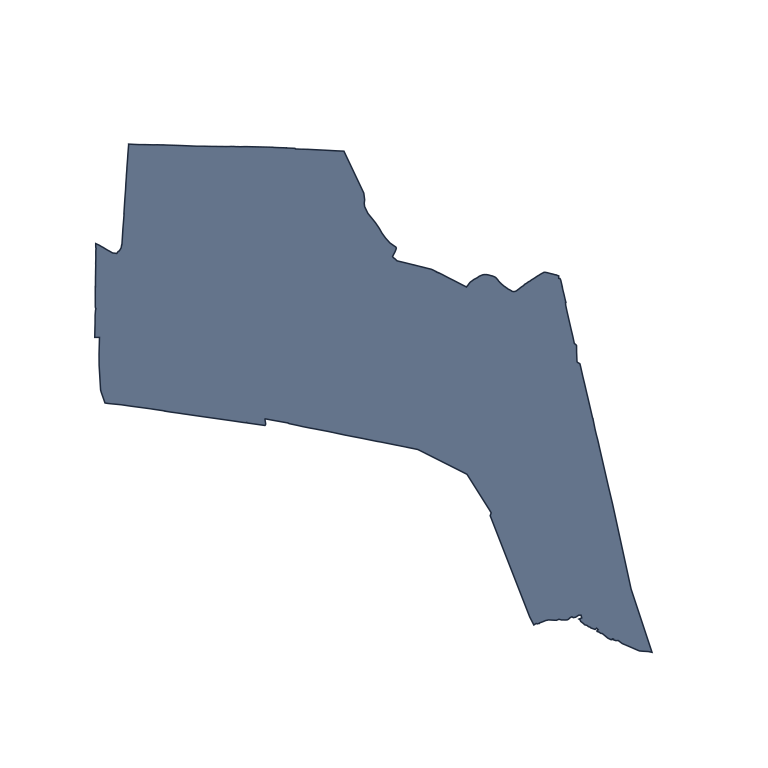 the district of General Escobedo, Nuevo León, Mexico, rotated 189°
{"feature_id": "50627088B66612290562177", "entity_name": "General Escobedo", "entity_type": "district", "adm_level": 2, "iso_a3": "MEX", "parent_name": "Mexico", "parent_adm1": "Nuevo León", "projection": "mercator", "projection_center": [-100.353, 25.83], "detail": "fine", "context": "isolated", "style": "filled", "palette": "slate", "viewbox_px": 768, "rotation_deg": 189, "n_neighbors": 0, "source": "geoboundaries", "source_scale": "gbopen_adm2", "svg_char_len": 6093}
<svg xmlns="http://www.w3.org/2000/svg" viewBox="0 0 768 768"><g transform="rotate(189 384 384)"><path d="M77.3,160.9L107.9,220.2L139.4,301.1L146.5,318.3L162.1,357.1L162.3,357.7L164.3,362.6L166.4,367.3L168.6,372.7L172.0,381.9L172.0,382.0L172.1,382.4L172.3,382.7L172.5,382.8L173.0,383.9L181.2,404.1L181.6,405.0L185.9,415.6L188.7,422.3L192.5,431.9L193.6,434.5L193.8,434.7L194.0,434.8L196.2,435.6L196.5,435.8L196.7,436.1L196.9,436.4L198.2,442.9L198.7,445.3L199.6,450.8L199.8,452.0L200.1,452.4L200.7,452.9L202.1,453.7L202.4,453.9L202.6,454.4L205.0,460.7L207.9,467.7L214.5,484.1L217.0,490.6L217.0,491.1L217.5,493.0L217.1,493.2L217.6,494.2L218.5,496.3L220.2,500.6L222.0,504.8L223.3,508.2L223.2,508.2L223.7,509.4L225.6,514.1L225.9,514.6L226.7,515.7L228.0,515.7L228.3,518.1L230.0,518.4L230.7,518.7L231.0,518.7L231.9,518.7L232.3,518.7L234.5,519.0L236.3,519.1L239.4,519.4L239.8,519.5L241.2,519.5L241.6,519.6L242.5,519.5L243.4,519.4L243.7,519.2L244.4,518.6L244.8,518.3L245.1,518.1L245.5,517.8L245.8,517.6L246.5,517.0L246.9,516.7L247.2,516.4L247.5,516.1L247.8,515.8L248.2,515.5L248.9,515.0L249.2,514.7L249.5,514.4L249.9,514.1L250.2,513.9L251.1,512.9L251.8,512.3L253.4,510.9L254.3,510.2L254.6,509.9L254.9,509.6L255.1,509.4L255.4,509.1L255.7,508.7L256.0,508.4L256.8,507.9L257.1,507.7L257.4,507.4L257.8,507.1L258.1,506.7L259.0,505.8L259.7,505.2L260.1,505.0L260.4,504.7L260.7,504.4L261.2,503.6L261.8,502.9L262.0,502.6L263.1,501.7L264.3,500.5L264.9,499.8L265.5,499.1L266.1,498.5L266.4,498.2L267.0,497.6L267.3,497.2L267.6,496.9L268.0,496.6L268.3,496.4L268.7,496.1L269.5,495.8L269.9,495.7L270.8,495.5L272.0,495.6L272.4,495.7L272.7,496.0L273.1,496.1L273.9,496.4L274.7,496.8L275.5,496.9L276.0,497.0L276.3,497.2L276.7,497.5L277.5,497.9L278.3,498.2L279.4,498.9L279.9,499.0L280.7,499.4L281.0,499.6L283.3,501.0L283.7,501.2L284.4,501.8L285.1,502.2L285.5,502.5L286.2,503.1L286.5,503.3L286.9,503.6L287.2,503.9L287.5,504.3L287.8,504.6L289.1,505.7L289.8,506.3L290.2,506.5L290.6,506.8L291.8,507.2L292.7,507.4L293.1,507.5L293.5,507.6L294.0,507.7L294.4,507.7L295.7,507.8L297.1,508.0L298.4,508.1L298.8,508.1L299.7,508.1L300.1,508.1L301.0,507.9L301.9,507.8L302.3,507.7L302.7,507.6L304.0,507.1L304.3,506.8L305.1,506.4L305.8,505.9L306.2,505.7L306.7,505.4L307.6,504.5L308.2,503.9L308.5,503.6L308.9,503.3L310.6,502.0L311.0,501.8L312.0,500.9L312.9,499.9L313.2,499.6L313.9,499.0L314.8,498.0L315.0,497.7L315.9,496.1L316.3,495.3L316.8,494.2L317.3,493.6L317.7,492.7L326.8,495.7L329.8,496.7L331.6,497.3L336.7,498.9L340.5,500.2L342.3,500.8L343.0,501.1L344.7,501.6L347.2,502.4L347.2,502.2L349.4,502.7L349.3,502.9L350.3,503.2L350.3,503.3L351.4,503.6L351.7,503.7L353.5,504.3L354.7,504.6L355.0,504.7L355.9,504.8L358.4,505.0L382.7,507.1L390.4,507.7L392.8,509.4L394.2,510.1L394.9,510.6L395.5,511.3L393.8,516.2L393.2,518.8L393.1,520.2L393.8,521.2L395.2,521.8L400.3,524.3L405.3,528.4L409.6,532.7L413.0,537.0L417.7,542.0L426.6,550.0L430.9,556.2L431.8,559.5L431.9,562.9L433.8,569.4L460.0,607.7L467.1,606.9L475.0,606.1L496.6,603.8L496.7,603.7L496.9,603.7L498.0,603.6L502.9,602.9L508.2,602.3L508.4,602.6L508.7,602.8L509.1,602.8L509.3,602.8L517.5,601.8L517.5,602.0L518.3,601.8L519.5,601.7L524.8,601.0L530.1,600.4L530.4,600.5L557.3,596.9L560.2,596.4L563.3,595.8L565.4,595.6L567.0,595.3L569.8,595.1L570.8,594.9L572.0,594.8L573.7,594.4L576.0,594.0L577.8,593.7L580.8,593.3L585.3,592.6L587.0,592.4L591.5,591.7L593.6,591.4L599.8,590.6L602.9,590.1L605.9,589.6L620.9,587.9L626.6,587.2L632.9,586.4L636.0,586.0L638.9,585.7L642.3,585.2L645.5,584.8L648.7,584.2L655.6,583.3L657.1,583.1L663.7,582.1L669.0,581.5L673.8,581.0L673.7,580.6L673.6,579.8L673.6,579.6L672.9,570.7L672.4,565.5L672.4,565.2L672.1,561.7L672.1,561.4L671.7,556.7L671.6,556.4L671.2,551.1L671.0,548.9L670.9,548.6L670.3,541.4L669.7,536.0L668.8,525.1L667.5,511.3L667.3,511.3L666.6,502.3L666.2,496.8L664.7,481.2L664.8,480.9L664.7,480.4L664.9,480.1L664.9,477.5L665.4,476.1L665.7,475.3L666.5,473.8L667.2,473.4L667.4,473.1L668.4,471.1L669.8,471.1L670.1,471.1L670.6,471.1L671.1,471.0L671.6,471.0L672.0,471.0L672.4,471.0L673.0,471.1L673.9,471.5L674.2,471.6L674.8,471.9L675.8,472.2L676.7,472.6L677.3,472.7L680.5,474.0L682.8,475.0L684.1,475.4L685.2,475.8L686.8,476.5L690.7,477.6L690.5,476.3L690.3,475.0L690.0,473.8L690.0,473.6L689.8,473.2L689.7,473.1L689.5,472.8L689.6,472.6L689.6,471.9L689.4,469.9L689.0,467.4L688.4,463.8L688.2,462.5L687.9,460.0L687.6,457.6L687.3,456.3L686.4,449.5L686.2,448.4L685.7,444.6L684.8,438.7L684.6,437.5L684.4,436.2L684.2,435.0L684.4,435.0L681.2,414.9L680.7,413.7L680.3,413.4L680.4,412.4L680.5,411.9L680.1,406.8L679.2,400.9L678.8,398.3L678.4,395.1L677.0,384.8L672.3,385.5L670.1,368.8L668.3,357.9L663.0,333.8L662.0,331.6L656.6,321.6L653.6,321.6L649.8,321.8L646.7,322.0L640.2,322.4L639.6,322.4L630.4,322.5L615.2,322.9L596.5,323.1L596.5,322.9L596.2,322.9L590.2,322.9L581.5,323.1L577.2,323.1L573.0,323.2L570.9,323.2L557.4,323.4L527.8,323.9L516.7,324.0L514.4,324.1L513.6,324.6L513.3,324.1L495.1,324.4L494.8,324.8L494.7,325.2L494.6,325.9L494.7,326.4L496.0,330.3L496.0,330.9L495.7,331.0L495.4,331.0L488.8,330.8L473.9,330.5L473.4,330.6L472.9,330.6L472.5,330.4L472.4,330.2L472.2,330.2L471.3,330.0L463.4,329.6L457.6,329.2L450.2,328.9L444.3,328.8L441.9,328.7L431.8,328.4L413.5,327.4L397.4,326.9L381.7,326.2L378.1,326.2L368.2,325.8L340.4,324.6L287.9,307.8L261.7,277.9L261.3,277.5L258.1,273.7L258.0,273.4L258.5,270.5L203.7,176.8L198.3,169.4L196.3,171.3L195.2,171.0L194.0,171.6L193.2,171.7L192.9,172.4L190.0,174.0L187.1,175.8L185.8,176.2L184.8,176.7L183.0,176.9L181.9,177.0L178.1,177.4L176.7,177.6L174.4,179.0L171.5,178.7L170.3,179.0L169.0,179.1L167.3,179.4L165.9,179.8L164.8,180.7L163.7,182.2L162.0,183.5L160.5,182.8L158.3,183.6L155.5,186.1L153.2,186.5L152.1,183.9L154.7,182.3L153.4,181.7L152.6,180.3L149.2,178.4L148.3,177.6L145.7,177.3L144.1,176.3L142.5,176.1L141.5,175.4L137.1,174.6L135.8,176.1L134.0,174.8L135.1,173.4L134.8,172.9L132.9,172.6L130.8,171.6L129.4,171.7L123.2,168.0L119.6,166.9L118.4,168.1L117.6,168.0L117.8,167.3L114.9,166.8L113.8,167.0L112.6,167.3L108.1,164.9L91.2,160.6L89.8,160.3L85.9,160.6L81.1,161.1L77.3,160.9Z" fill="#64748b" stroke="#1e293b" stroke-width="1.5"/></g></svg>